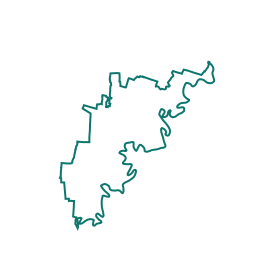 Gorban, Iasi, Romania, rotated 48°
{"feature_id": "2599482B38258356055688", "entity_name": "Gorban", "entity_type": "district", "adm_level": 2, "iso_a3": "ROU", "parent_name": "Romania", "parent_adm1": "Iasi", "projection": "orthographic", "projection_center": [28.07, 46.911], "detail": "fine", "context": "isolated", "style": "outline", "palette": "teal", "viewbox_px": 256, "rotation_deg": 48, "n_neighbors": 0, "source": "geoboundaries", "source_scale": "gbopen_adm2", "svg_char_len": 5883}
<svg xmlns="http://www.w3.org/2000/svg" viewBox="0 0 256 256"><g transform="rotate(48 128 128)"><path d="M168.8,232.5L168.1,231.4L165.3,229.0L162.0,226.9L161.6,226.3L161.7,225.6L162.0,224.8L163.1,223.2L164.0,223.0L164.4,223.7L165.3,226.2L166.2,227.8L166.6,228.0L167.0,227.9L167.5,227.2L168.2,225.7L168.5,222.2L168.9,220.2L169.3,219.0L170.1,217.5L171.4,216.1L172.9,215.2L173.3,215.0L173.9,215.5L174.4,216.4L176.2,218.5L177.2,219.0L178.2,218.1L178.2,215.4L180.2,211.9L180.3,210.9L178.9,210.3L177.2,210.9L173.0,210.9L172.2,210.6L171.3,209.8L171.0,209.4L171.1,208.3L171.3,207.8L172.2,207.4L175.4,207.0L176.8,206.5L177.1,206.2L176.9,204.9L173.9,202.8L171.6,201.7L168.7,199.9L165.7,197.4L163.8,195.5L161.5,192.2L162.0,191.3L165.0,189.5L165.9,188.7L166.3,188.0L166.0,187.3L165.2,186.9L163.8,186.8L159.8,187.3L157.5,187.4L153.6,187.0L152.8,186.4L153.0,185.2L153.4,184.0L154.0,182.9L154.9,182.1L156.4,181.5L158.2,181.1L159.3,181.3L161.4,182.4L162.6,182.2L163.7,181.6L165.7,179.7L167.7,176.9L168.9,176.2L170.3,175.9L172.2,176.0L172.7,175.8L172.8,175.3L172.6,174.8L171.9,173.5L169.3,171.4L167.5,170.5L167.0,170.1L166.5,169.4L166.4,167.3L167.8,162.5L168.2,159.4L168.3,156.5L168.0,155.4L167.4,153.8L166.0,151.6L165.2,150.7L164.4,150.5L164.0,150.6L163.5,151.2L163.3,152.2L164.0,154.6L164.1,156.1L163.8,158.2L163.4,159.3L162.6,159.6L162.3,159.4L161.6,158.6L159.4,152.5L158.3,150.2L157.9,149.9L157.0,149.9L156.3,150.4L155.4,151.7L153.5,153.7L151.5,155.4L151.0,155.4L150.4,154.9L150.1,153.7L149.9,151.7L149.5,150.7L148.8,149.8L148.0,149.4L147.2,149.2L145.4,149.3L144.3,149.7L142.4,150.6L141.3,151.0L140.6,150.9L140.3,149.7L140.6,148.5L141.7,146.7L143.2,145.5L143.7,144.9L143.7,144.5L143.6,144.1L143.2,143.9L141.0,143.5L139.3,142.7L138.1,141.2L138.0,140.1L138.3,138.9L140.1,136.3L140.6,135.2L141.9,133.6L142.3,133.5L143.0,133.9L145.3,136.2L146.6,136.9L149.4,137.4L150.4,137.1L150.4,136.4L150.1,135.4L149.3,133.8L148.6,131.6L148.4,130.6L148.5,130.3L149.4,129.6L151.5,129.3L153.8,129.4L154.6,129.8L156.3,131.0L157.1,130.8L158.3,129.9L159.6,127.4L160.3,125.1L163.4,120.5L165.1,116.5L166.3,115.0L166.8,113.5L166.8,112.8L166.3,112.1L165.7,111.7L162.3,110.4L158.8,108.5L153.5,106.1L151.6,104.7L150.8,103.8L150.7,103.3L150.7,103.0L151.1,102.6L152.3,102.1L153.9,101.8L155.4,101.9L156.5,102.4L156.8,102.6L157.4,104.0L158.0,104.5L158.8,104.4L160.2,103.7L160.5,103.1L160.5,101.9L159.3,99.8L157.8,98.4L156.4,97.7L154.5,97.2L149.7,96.7L146.1,96.8L139.3,95.9L138.2,95.0L137.0,92.8L136.4,91.1L136.3,90.6L136.5,90.2L138.2,89.4L139.9,89.5L140.6,90.0L141.1,90.8L142.0,94.1L142.6,94.7L143.4,94.5L143.7,94.3L144.6,93.0L145.0,91.9L145.1,91.2L144.8,89.9L142.8,87.1L142.6,85.9L142.8,85.1L143.0,84.8L143.8,84.9L144.1,85.2L144.8,86.8L145.6,87.7L146.8,88.3L147.5,88.4L148.4,88.3L149.7,87.7L150.6,86.5L151.3,85.0L151.5,82.1L151.7,80.8L152.7,78.0L152.8,77.2L152.9,75.2L152.7,74.7L151.3,73.4L150.7,73.0L150.2,73.1L149.8,73.1L148.8,73.9L146.9,76.8L146.0,77.5L145.7,77.6L145.0,77.1L144.5,76.0L144.6,73.5L145.1,71.9L145.5,71.2L147.9,68.0L148.3,66.8L148.5,65.2L148.2,64.0L147.8,63.8L145.4,64.6L143.4,64.8L141.3,64.7L139.5,63.8L138.2,62.8L136.2,60.8L135.4,59.5L133.8,56.4L133.5,54.6L134.5,53.6L136.5,52.4L137.6,52.2L139.6,52.4L140.6,51.9L141.1,50.4L141.1,48.8L140.8,47.7L139.8,45.5L139.6,44.8L139.4,44.0L139.6,42.4L140.1,41.8L141.2,40.7L142.9,39.7L147.1,38.9L148.5,38.1L149.9,36.7L150.6,35.7L150.8,34.9L150.9,33.1L150.7,32.5L149.7,31.7L144.5,29.2L143.4,28.2L142.1,26.0L141.0,24.8L140.1,24.3L137.9,23.7L133.4,23.8L133.2,23.5L132.6,23.9L133.1,24.8L135.0,25.4L135.6,26.9L136.3,27.8L136.4,29.1L137.0,31.0L137.1,32.1L137.5,32.8L136.9,33.5L137.3,34.2L137.2,35.3L137.5,36.2L137.7,37.9L131.0,42.0L125.6,45.0L121.9,47.6L122.3,48.3L123.2,50.8L123.7,51.6L119.4,54.4L115.8,56.4L116.1,57.0L116.0,57.8L116.3,58.3L119.0,59.1L119.6,59.5L119.8,60.2L119.6,61.6L119.7,62.5L120.1,63.4L120.9,67.8L121.8,68.1L122.8,68.7L124.2,68.6L124.7,69.1L124.7,69.7L124.6,70.0L123.4,71.1L122.9,71.7L123.0,72.4L123.9,73.1L124.2,73.7L124.1,74.3L123.4,75.4L121.4,76.7L121.3,77.7L121.0,78.0L120.1,78.1L117.8,77.8L116.3,78.6L115.8,79.3L115.8,79.5L115.6,79.5L115.2,78.9L113.1,75.1L107.3,78.5L100.1,82.4L100.4,82.6L97.6,84.3L98.0,85.4L97.9,85.6L97.3,85.9L96.8,86.5L96.0,86.7L96.0,90.6L96.3,91.6L94.2,92.5L91.6,94.1L92.2,95.5L96.3,102.2L96.3,102.5L96.2,102.8L93.0,104.7L91.8,105.6L90.7,104.6L88.4,102.9L87.8,103.3L84.8,100.3L81.6,97.8L79.9,99.3L75.7,104.5L77.5,106.5L77.9,107.3L78.7,108.0L79.8,109.2L80.3,109.5L80.5,109.3L82.1,110.6L82.4,110.3L83.3,110.6L85.0,112.0L85.0,112.7L85.9,113.9L87.4,115.4L88.7,116.5L90.3,118.4L92.2,120.1L93.3,120.6L94.3,120.3L94.7,120.2L94.8,120.4L94.9,120.7L93.8,121.9L97.2,125.5L98.1,124.9L99.6,127.0L98.6,127.8L98.8,128.4L98.7,128.5L98.9,129.0L98.2,129.3L98.1,130.1L97.6,130.3L97.2,129.9L97.2,129.3L95.8,128.4L95.3,127.7L94.4,127.1L93.8,124.7L93.4,124.0L92.6,123.4L91.8,122.5L90.4,123.3L89.4,122.8L86.5,124.9L86.6,125.3L87.1,125.9L87.7,126.1L88.0,126.6L89.4,127.7L91.5,130.4L92.8,131.6L91.7,132.3L91.0,133.9L90.7,134.0L89.8,135.1L90.4,136.0L92.7,138.6L81.6,145.5L83.2,148.7L91.9,146.1L92.4,146.2L100.1,154.0L103.7,157.4L109.2,163.1L112.7,166.2L110.3,168.7L109.2,170.1L104.4,174.6L104.7,174.7L105.0,175.2L105.0,175.6L105.6,175.8L106.5,177.1L106.9,178.0L106.9,178.8L107.3,179.1L107.6,179.7L108.4,180.5L108.6,181.3L108.9,181.4L108.8,181.6L110.1,183.0L110.6,183.6L110.9,184.4L111.3,184.6L112.4,186.3L113.7,187.6L114.0,188.2L114.1,189.2L114.6,189.8L114.8,190.7L115.3,191.5L116.3,192.4L116.2,192.5L116.5,193.5L116.3,193.9L114.0,196.6L109.6,200.8L111.8,203.0L112.6,204.2L112.8,204.1L115.8,207.4L118.8,210.2L118.8,210.7L119.6,211.5L119.7,212.0L120.2,211.8L120.6,211.3L123.7,214.0L125.8,211.9L138.9,221.8L140.4,219.9L141.0,219.3L142.7,220.8L143.9,219.0L144.5,218.8L146.1,217.0L150.0,220.7L157.1,228.0L159.0,227.0L159.8,226.2L160.5,226.8L161.4,228.7L163.5,230.6L163.9,231.3L164.3,231.2L168.8,232.5Z" fill="none" stroke="#0f766e" stroke-width="2"/></g></svg>